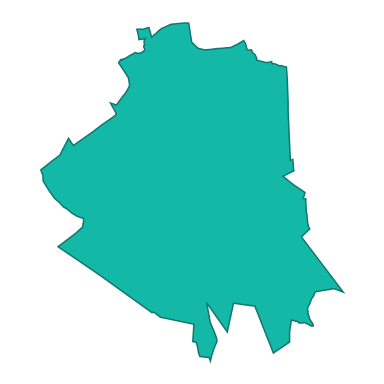 the district of Chicoasén, Chiapas, Mexico
{"feature_id": "50627088B12718244996247", "entity_name": "Chicoasén", "entity_type": "district", "adm_level": 2, "iso_a3": "MEX", "parent_name": "Mexico", "parent_adm1": "Chiapas", "projection": "equal_earth", "projection_center": [-93.109, 16.995], "detail": "fine", "context": "isolated", "style": "filled", "palette": "teal", "viewbox_px": 384, "rotation_deg": 0, "n_neighbors": 0, "source": "geoboundaries", "source_scale": "gbopen_adm2", "svg_char_len": 3890}
<svg xmlns="http://www.w3.org/2000/svg" viewBox="0 0 384 384"><path d="M210.4,361.0L210.7,359.6L212.2,353.7L213.8,349.1L215.1,345.8L216.9,341.6L216.9,340.2L216.4,337.6L215.2,334.3L213.6,330.3L212.7,328.3L210.4,322.9L209.5,318.7L209.2,316.0L208.6,313.4L208.3,311.9L208.0,310.3L207.7,308.4L207.4,306.4L207.1,304.7L206.6,302.6L207.9,304.5L210.6,308.3L215.7,315.6L227.3,332.0L229.4,322.1L232.3,308.8L233.5,303.2L241.5,304.3L248.5,305.3L254.8,306.1L258.0,314.0L261.7,323.5L264.7,331.1L267.1,337.1L269.9,344.2L273.4,353.1L276.9,350.6L280.6,348.2L289.6,342.0L289.6,335.7L289.6,331.5L290.6,325.2L291.2,321.1L291.4,319.9L292.2,320.2L294.0,320.8L294.4,320.8L295.0,320.9L295.6,321.4L296.2,321.3L296.8,321.2L297.9,321.6L298.7,322.8L299.4,323.1L300.1,322.8L302.2,323.0L302.6,323.1L303.4,322.6L304.5,322.6L306.2,323.2L308.2,324.3L309.8,325.2L310.5,325.6L311.4,326.0L312.8,326.1L313.3,325.8L312.9,323.9L311.0,321.2L309.8,319.3L308.9,316.1L308.2,314.1L307.9,312.1L308.1,311.3L307.4,309.6L307.9,307.3L308.7,305.5L309.7,304.1L310.3,302.3L311.2,299.8L311.7,298.5L312.8,297.2L313.6,295.9L314.2,294.3L314.9,292.6L315.3,291.8L334.0,288.6L343.2,292.1L301.5,237.1L301.8,236.6L302.1,236.4L304.5,233.9L308.4,230.2L309.8,228.9L309.5,228.4L308.7,227.2L308.2,225.4L307.8,223.5L307.4,220.3L307.0,215.2L306.3,211.9L305.7,200.7L306.0,199.1L303.2,198.4L303.7,196.8L304.2,195.4L304.6,193.9L305.0,192.5L294.3,185.3L290.6,182.5L283.0,176.2L294.0,170.7L293.4,168.7L293.3,164.6L292.7,159.4L290.4,160.7L289.9,151.3L288.3,115.4L288.1,112.2L288.1,102.6L288.0,99.9L287.7,91.3L287.3,79.2L286.4,66.9L285.6,67.0L285.0,66.9L284.1,66.6L283.0,66.1L282.3,65.9L281.1,65.6L279.2,65.8L277.9,65.1L276.5,64.4L275.0,63.9L273.3,63.7L272.0,63.8L271.7,61.6L271.2,61.5L270.4,61.8L269.4,62.3L268.2,62.3L266.1,62.6L265.0,62.4L263.1,61.8L260.3,61.1L258.0,60.5L256.5,60.1L256.6,59.5L256.6,58.1L256.3,57.5L255.9,56.4L255.0,54.5L254.3,54.1L253.7,53.7L252.3,52.2L251.5,49.8L248.1,50.2L247.1,49.4L246.5,47.5L245.7,43.9L244.6,42.2L243.7,40.5L237.0,44.5L230.5,47.6L227.4,47.7L222.3,48.3L216.4,48.6L210.9,49.4L204.8,49.9L198.1,48.3L191.7,42.2L190.2,32.9L188.7,23.1L184.1,23.0L170.9,24.3L164.7,27.2L163.1,27.9L161.9,28.4L158.7,30.7L156.0,33.4L151.6,37.2L148.9,27.5L147.0,27.9L143.2,29.3L139.1,29.1L136.8,29.3L138.2,34.4L138.9,39.6L145.3,38.6L144.2,39.7L144.3,41.0L144.1,42.4L144.0,42.8L144.5,44.1L144.6,44.8L143.8,45.8L143.7,47.1L144.6,48.5L144.5,50.4L142.9,51.8L142.3,51.9L141.5,53.0L139.8,53.0L139.0,53.6L138.3,53.2L137.2,53.5L136.4,52.9L135.8,52.7L135.0,52.6L133.8,53.4L132.8,54.1L132.3,54.4L131.8,54.7L131.4,54.5L130.2,55.5L129.3,55.8L127.2,57.3L126.2,57.7L125.3,58.4L124.9,58.8L124.4,58.9L123.6,59.5L123.1,58.9L122.5,59.5L121.4,60.3L120.9,59.5L120.3,60.0L119.8,61.3L118.6,62.4L118.9,63.3L119.4,64.0L122.3,68.3L124.0,71.0L124.5,71.7L127.2,75.9L128.3,77.6L129.0,81.2L129.3,83.4L129.6,85.6L129.1,86.6L128.1,88.6L126.1,92.1L125.9,92.6L123.2,95.8L121.5,98.1L120.9,98.9L119.9,100.3L116.7,104.6L116.4,105.0L112.5,103.7L110.5,103.1L113.5,108.4L116.2,113.5L115.5,115.3L108.8,120.1L105.9,122.1L102.9,124.1L101.9,124.8L97.9,127.9L96.9,128.6L93.9,131.0L90.2,133.7L87.1,135.8L82.4,139.2L78.9,141.6L77.4,142.7L76.3,143.4L73.5,145.4L71.8,143.3L68.5,138.3L66.2,142.7L65.7,143.8L64.6,145.9L63.6,147.9L62.4,150.0L61.7,151.6L61.3,152.4L60.4,154.2L59.6,155.4L51.5,161.4L44.9,166.7L42.0,168.9L40.8,169.9L41.9,172.9L42.9,175.4L43.1,181.0L49.7,191.6L54.6,198.4L59.8,202.9L63.4,206.9L66.9,208.9L70.0,211.5L72.6,213.6L75.3,215.2L77.0,216.2L78.7,216.8L80.5,217.5L81.5,217.9L83.5,218.1L83.5,221.4L83.4,223.1L82.9,223.9L82.9,225.2L82.8,226.8L75.8,233.2L72.7,235.6L66.3,240.4L58.0,246.7L93.4,270.8L99.5,275.0L106.8,280.2L127.4,295.0L151.9,312.6L152.1,312.7L153.3,312.0L154.7,312.8L160.1,317.0L160.4,317.2L193.9,324.2L192.8,341.6L196.4,342.3L197.8,348.1L198.6,353.2L200.0,356.5L202.4,356.8L206.3,357.2L209.1,357.4L210.4,361.0Z" fill="#14b8a6" stroke="#0f766e" stroke-width="1.5"/></svg>